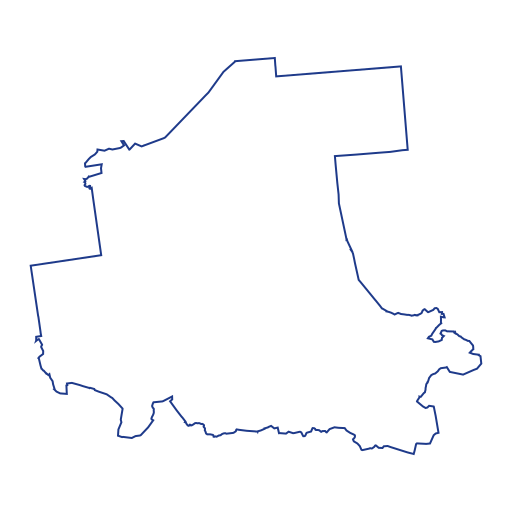 Vecumnieku pag., Vecumnieku, Latvia
{"feature_id": "27541924B63296928652800", "entity_name": "Vecumnieku pag.", "entity_type": "district", "adm_level": 2, "iso_a3": "LVA", "parent_name": "Latvia", "parent_adm1": "Vecumnieku", "projection": "albers", "projection_center": [24.515, 56.627], "detail": "fine", "context": "isolated", "style": "outline", "palette": "blue", "viewbox_px": 512, "rotation_deg": 0, "n_neighbors": 0, "source": "geoboundaries", "source_scale": "gbopen_adm2", "svg_char_len": 5955}
<svg xmlns="http://www.w3.org/2000/svg" viewBox="0 0 512 512"><path d="M407.5,452.4L413.7,454.0L414.6,450.7L416.1,444.1L416.9,443.4L426.3,443.9L430.0,443.5L433.7,435.2L435.7,433.5L438.5,432.8L435.6,415.6L435.2,413.7L433.8,406.7L433.7,406.5L429.1,405.8L427.4,407.5L425.6,408.0L424.1,407.1L423.0,406.5L417.0,401.5L417.2,400.8L419.5,397.3L419.6,397.0L419.5,396.6L420.5,396.8L420.8,396.8L423.8,393.1L424.9,392.3L424.9,392.1L425.5,389.9L425.6,387.9L426.0,386.2L426.2,384.7L426.5,383.8L427.6,382.6L427.4,382.2L427.9,381.6L428.3,380.7L429.1,378.0L431.3,375.1L433.2,374.1L435.2,373.5L437.8,371.3L439.2,369.3L440.8,368.2L446.0,367.5L446.8,367.1L449.8,371.9L463.1,374.6L473.8,369.9L477.0,368.7L481.3,363.6L480.8,359.1L480.5,356.2L478.6,355.1L478.7,354.7L473.2,354.0L469.8,352.7L471.5,350.8L472.1,350.4L472.6,349.7L473.3,349.3L473.2,346.8L473.0,345.5L469.8,341.6L469.4,341.0L467.5,340.8L466.7,340.2L464.9,339.5L464.3,339.4L461.5,337.4L460.7,336.5L459.3,336.2L457.3,334.3L455.6,333.6L455.3,332.6L455.0,333.1L454.2,332.6L453.9,331.5L447.0,331.3L445.3,330.4L443.8,330.4L442.7,330.5L441.7,330.9L440.5,333.6L441.4,334.2L441.9,335.1L443.8,336.0L442.0,337.8L441.7,340.0L441.2,340.2L438.7,341.4L435.2,342.0L433.8,341.8L432.4,339.4L427.9,338.3L428.9,336.8L431.3,335.7L432.2,333.8L433.4,332.1L435.6,328.9L435.9,328.1L436.1,328.1L439.2,324.9L441.3,323.2L440.9,322.4L441.0,320.1L440.9,316.7L443.9,317.4L444.6,317.4L443.5,313.9L441.8,313.9L442.0,312.1L439.3,312.2L437.7,308.8L436.3,308.0L434.6,308.3L433.3,309.9L428.4,312.1L427.9,312.1L424.8,309.3L424.7,309.2L423.9,309.5L422.6,310.6L422.6,310.8L422.3,311.4L421.6,313.0L420.3,313.9L419.7,314.1L419.3,314.4L418.0,314.8L417.7,315.4L416.2,315.4L416.1,315.1L414.5,314.9L414.1,315.2L413.7,315.3L411.5,315.7L411.2,315.5L409.0,314.9L407.2,314.9L404.2,314.4L400.9,314.0L399.4,313.3L399.0,313.3L398.4,312.9L397.8,313.0L394.6,314.5L393.4,313.8L391.1,312.7L388.8,311.9L386.5,311.4L386.6,311.0L382.1,308.4L381.9,308.4L380.3,306.2L375.6,300.4L375.3,300.1L360.5,282.0L358.7,279.9L354.9,262.8L354.2,259.2L353.0,253.6L352.2,251.8L351.3,250.5L351.8,250.6L347.3,241.0L346.9,239.5L346.5,239.7L346.5,239.2L338.9,203.4L338.6,194.6L337.3,182.8L335.6,164.5L334.9,156.1L355.9,154.6L380.7,152.6L390.2,151.9L402.4,150.2L407.7,149.8L400.9,66.4L276.2,76.4L275.5,67.0L275.4,66.1L275.3,65.3L274.8,58.0L235.0,61.2L234.8,61.8L223.5,71.8L208.4,92.6L205.6,95.4L165.2,137.4L164.7,137.7L163.7,138.2L145.1,145.1L144.2,145.3L144.1,145.5L141.6,146.4L135.1,143.6L129.7,149.4L129.3,149.6L123.7,141.0L121.4,141.2L124.0,145.4L121.1,147.5L120.0,148.0L112.4,149.5L109.0,148.7L104.5,150.7L97.5,149.5L97.3,151.7L96.0,153.2L94.8,154.5L90.8,157.0L88.8,159.0L85.7,162.7L85.0,163.3L85.2,166.3L85.5,166.8L101.7,164.3L101.0,168.2L101.5,173.0L88.8,176.9L88.7,176.7L87.6,178.0L86.8,178.8L85.4,179.2L84.1,179.0L85.4,181.1L84.4,182.0L85.0,182.3L85.4,183.4L85.3,184.1L84.7,184.8L84.6,185.5L85.0,186.0L87.1,186.9L87.9,186.8L88.7,186.2L89.6,185.8L90.1,185.9L90.2,186.5L90.1,187.0L89.6,187.7L89.4,188.2L89.6,188.6L90.0,188.8L90.3,188.8L91.7,187.9L93.0,197.5L101.2,255.2L30.7,265.7L38.1,315.7L38.4,316.9L40.6,332.4L40.6,332.8L41.2,336.0L36.2,336.8L36.2,340.6L36.1,340.9L37.2,340.0L38.7,339.1L38.9,339.1L42.1,344.7L42.1,344.8L41.2,346.5L41.2,347.1L43.2,351.0L43.1,354.0L39.5,356.7L38.4,358.1L38.9,358.6L40.5,365.4L41.4,368.5L41.5,368.5L43.2,370.5L43.8,370.7L46.0,373.3L46.1,373.1L48.4,375.1L49.4,374.2L50.2,377.7L52.6,381.2L53.1,384.3L54.6,389.1L54.2,389.3L54.3,389.4L56.5,391.6L60.2,393.4L66.8,393.9L66.4,385.5L67.3,385.2L67.0,383.5L71.9,382.9L79.9,385.1L82.8,386.1L89.4,388.0L89.5,388.1L90.0,387.8L94.3,389.0L94.8,390.1L98.6,391.6L106.7,394.3L110.9,397.2L112.3,398.0L114.5,400.4L118.4,404.0L122.5,408.5L122.6,408.8L120.8,419.4L120.8,419.8L121.4,422.3L118.4,429.5L118.0,435.7L118.3,435.8L122.1,437.1L123.0,436.9L131.8,438.0L135.5,436.1L140.0,435.5L140.8,435.1L148.1,427.4L153.2,420.3L152.3,419.8L151.5,419.1L151.4,418.7L151.6,417.9L152.0,416.9L152.6,415.8L153.2,414.6L153.8,412.8L153.8,411.4L153.7,410.2L153.8,409.4L153.7,408.6L152.7,407.6L152.3,406.5L152.1,406.0L152.9,403.4L153.5,402.3L162.4,401.4L163.2,401.1L172.1,396.5L172.2,399.4L170.1,401.3L176.6,410.3L181.1,416.1L182.0,417.2L182.2,417.3L185.5,421.6L185.0,422.2L185.7,422.5L186.0,422.8L186.4,423.7L187.7,425.4L188.5,425.8L188.8,425.8L189.0,425.7L189.7,424.7L189.9,424.7L190.5,424.8L190.8,425.1L190.9,425.4L191.6,425.4L193.2,424.5L195.0,423.2L196.0,423.0L197.7,423.3L199.0,423.1L199.7,423.3L200.7,423.8L201.4,424.0L202.2,423.9L202.9,424.2L203.5,424.7L203.8,424.9L204.0,425.3L204.0,425.8L203.7,426.3L203.6,426.7L203.9,427.2L204.5,427.8L204.9,428.3L205.0,428.9L204.8,430.3L205.5,431.6L206.0,433.3L206.2,433.6L207.2,434.3L210.0,434.3L212.9,434.9L213.4,435.4L213.6,436.7L214.2,436.8L215.3,436.4L216.6,436.7L218.8,435.5L219.8,435.4L220.2,435.2L220.6,435.2L222.1,434.0L223.7,433.4L225.2,433.2L226.4,433.7L233.2,432.9L233.7,432.7L235.8,431.3L236.3,429.7L236.6,429.4L238.9,429.8L246.8,430.8L255.4,431.4L256.0,431.6L257.6,431.4L257.7,431.6L257.8,431.3L260.7,430.5L264.6,428.8L264.5,428.4L268.0,427.4L268.4,427.0L271.1,425.9L274.3,428.4L277.7,427.6L279.0,433.2L279.6,433.1L286.0,433.6L288.6,431.7L293.1,433.2L294.5,433.0L299.6,431.8L300.2,431.8L301.3,432.4L303.0,435.8L303.3,436.2L303.7,436.2L304.7,436.1L305.3,435.6L305.4,435.4L306.4,433.1L306.9,432.7L311.1,431.5L312.3,428.6L312.6,428.1L314.1,428.2L315.2,428.9L315.3,429.4L315.5,429.8L316.0,430.0L317.9,430.0L319.3,430.3L320.9,431.7L321.4,431.8L322.3,431.1L325.1,431.0L326.3,432.3L326.7,432.4L329.6,429.1L334.5,427.3L338.5,427.8L344.7,428.1L346.5,430.5L350.2,432.9L353.7,434.5L354.8,435.2L355.0,435.9L354.8,437.2L354.3,438.0L353.3,439.0L353.0,439.3L353.1,439.6L353.5,440.7L353.9,441.4L357.1,443.3L357.7,443.8L359.8,446.1L361.4,449.7L361.9,450.0L362.3,450.1L363.4,449.9L369.2,448.6L370.1,448.2L371.7,448.5L372.1,448.4L374.3,446.8L375.1,445.6L375.5,445.4L376.0,445.5L378.7,447.8L382.5,448.0L383.8,446.3L387.6,446.0L391.0,447.2L407.5,452.4Z" fill="none" stroke="#1e3a8a" stroke-width="2"/></svg>